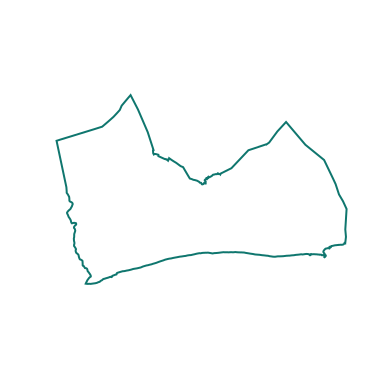 outline of Santa María Tonameca, Oaxaca, Mexico, rotated 336°
{"feature_id": "50627088B31597135225135", "entity_name": "Santa María Tonameca", "entity_type": "district", "adm_level": 2, "iso_a3": "MEX", "parent_name": "Mexico", "parent_adm1": "Oaxaca", "projection": "natural_earth1", "projection_center": [-96.691, 15.782], "detail": "fine", "context": "isolated", "style": "outline", "palette": "teal", "viewbox_px": 384, "rotation_deg": 336, "n_neighbors": 0, "source": "geoboundaries", "source_scale": "gbopen_adm2", "svg_char_len": 5660}
<svg xmlns="http://www.w3.org/2000/svg" viewBox="0 0 384 384"><g transform="rotate(336 192 192)"><path d="M173.9,138.1L175.9,119.3L176.2,94.8L176.2,94.6L175.3,78.5L171.9,80.1L167.8,82.1L162.9,84.5L159.4,87.7L156.3,89.1L150.9,91.4L144.0,93.6L136.5,95.8L135.7,95.7L127.8,94.8L120.3,93.9L108.0,92.4L104.6,92.0L98.2,91.2L89.1,90.1L79.2,136.5L77.8,140.4L77.3,141.5L77.2,141.9L77.6,143.7L77.7,145.3L77.8,146.4L77.4,147.8L76.5,150.0L76.5,150.8L77.7,152.3L78.2,153.1L78.2,154.2L77.9,154.8L77.3,155.3L76.4,156.3L75.4,157.0L74.1,158.0L73.7,158.2L72.2,158.6L70.5,159.3L69.4,160.1L69.2,160.9L69.3,162.1L69.3,162.9L69.2,164.0L69.2,164.7L69.4,165.6L69.7,167.5L69.7,168.6L69.3,170.9L69.6,171.8L70.5,171.9L71.8,172.2L72.4,172.6L73.3,173.3L73.2,174.2L72.8,174.7L71.5,175.0L70.1,175.9L69.6,176.7L69.9,178.1L69.7,179.6L69.3,180.3L67.3,182.5L66.0,185.3L65.2,186.3L64.3,188.7L64.1,190.1L63.5,191.5L62.9,192.1L62.3,193.3L62.6,194.8L62.8,196.3L62.8,197.0L62.5,197.4L62.1,197.7L61.6,199.0L61.5,200.4L62.6,202.7L62.7,203.5L62.4,204.7L62.2,205.9L62.2,206.0L62.1,207.3L62.2,207.9L63.0,208.7L63.5,209.4L63.9,210.2L63.8,210.8L63.0,212.9L62.3,214.5L62.4,215.1L62.9,215.4L63.3,218.0L64.2,218.5L64.6,218.9L64.9,219.7L64.5,222.0L64.9,223.1L65.2,224.7L65.4,225.7L65.5,226.9L65.4,227.5L65.2,228.0L64.9,228.2L64.4,228.2L63.1,228.6L60.6,230.0L57.7,232.4L57.6,232.5L58.4,233.0L58.9,233.3L60.8,234.1L62.3,234.8L64.1,235.3L66.5,236.0L68.1,236.3L70.0,236.3L71.1,236.5L72.2,236.1L72.8,236.0L73.5,236.0L74.2,235.9L74.9,235.6L75.3,235.5L76.2,235.5L76.8,235.7L77.3,235.7L78.0,235.8L78.3,235.8L78.9,235.9L79.6,236.0L80.4,236.1L81.1,236.2L82.2,236.2L82.8,236.3L83.2,236.4L83.4,236.7L83.6,236.9L84.1,237.0L84.6,236.7L84.7,236.4L85.0,236.3L85.4,236.2L86.3,236.3L87.4,236.3L88.6,236.4L89.4,236.6L89.9,236.2L90.1,235.8L90.7,235.5L91.9,235.6L92.8,235.7L94.5,235.9L96.5,236.2L97.8,236.7L99.2,237.0L100.3,237.2L102.2,237.7L105.1,238.2L107.0,238.4L109.3,239.0L110.8,239.4L113.0,239.8L114.5,240.1L116.7,240.1L118.4,240.3L120.6,240.6L122.1,241.0L123.7,241.2L125.6,241.6L127.1,241.7L129.1,242.0L130.8,242.2L133.0,242.3L135.4,242.5L138.0,242.8L140.0,242.9L142.3,243.3L143.9,243.6L145.9,244.2L148.1,244.6L150.2,245.1L151.8,245.5L154.5,246.1L156.4,246.7L158.6,247.3L160.2,247.8L162.0,248.1L163.8,248.6L165.4,249.2L167.1,249.5L169.0,249.9L170.3,250.1L171.8,250.4L173.8,250.9L175.0,251.5L176.5,251.8L178.2,252.4L179.9,253.1L182.1,254.0L184.2,255.4L185.8,256.5L187.5,256.9L189.6,257.7L191.7,258.4L194.1,259.1L196.3,259.8L197.6,260.5L199.1,261.1L200.9,262.0L203.3,262.9L205.0,263.8L207.2,264.5L208.7,265.4L210.7,266.4L212.8,267.4L215.0,268.5L216.5,269.6L218.2,270.7L220.0,271.9L222.4,273.4L224.2,274.7L226.2,275.8L228.1,276.8L230.1,278.1L232.4,279.4L234.4,280.6L235.4,281.1L236.9,282.3L238.1,283.0L239.5,283.9L240.8,284.6L241.8,285.0L244.3,285.7L246.6,286.7L249.1,287.7L252.7,288.8L255.2,289.8L257.5,290.5L259.4,291.2L261.4,291.7L262.8,292.2L264.3,292.7L266.4,293.3L267.5,294.0L269.2,294.5L269.7,294.6L271.5,295.2L272.8,295.9L273.6,296.6L273.8,297.3L274.1,297.8L274.3,297.8L274.3,297.4L274.4,297.0L274.7,297.0L275.6,297.1L276.0,297.6L277.9,298.3L279.6,299.2L280.4,299.6L281.0,299.9L281.7,300.4L282.7,300.8L283.2,301.3L284.2,301.6L284.7,302.0L284.8,302.5L285.3,302.8L285.6,302.8L286.1,302.9L286.4,303.1L286.8,303.8L286.9,304.3L287.0,304.6L287.0,305.0L286.8,305.2L286.5,305.3L286.6,305.5L287.0,305.4L287.3,305.3L287.6,305.1L287.8,305.0L288.1,304.6L288.3,304.6L288.4,304.3L288.3,304.2L288.1,304.0L288.0,303.6L288.0,302.7L288.0,302.0L287.7,301.5L287.7,301.2L287.6,300.6L287.7,300.0L288.3,299.3L288.9,299.0L289.5,298.6L290.0,298.5L290.5,298.2L291.1,298.1L291.3,298.2L292.4,298.4L293.2,298.5L293.7,298.7L294.2,299.2L294.6,299.5L294.8,299.4L294.8,298.8L295.0,298.5L295.6,298.1L295.9,298.2L296.3,298.7L296.5,298.8L296.6,298.7L296.7,298.4L296.5,298.2L297.0,298.2L297.5,298.1L298.1,298.3L299.2,298.5L300.8,298.8L302.3,299.3L303.6,299.7L304.1,299.9L304.3,299.9L305.0,300.2L305.9,300.5L306.5,300.7L306.7,300.8L307.4,301.2L308.0,301.3L309.0,301.5L309.4,301.4L309.7,301.3L310.1,301.1L310.6,300.7L310.8,300.4L311.1,300.4L311.3,300.4L311.4,300.7L314.4,295.6L316.8,288.6L326.3,270.4L326.2,261.9L325.3,254.0L326.4,243.2L326.3,237.3L325.7,216.5L314.8,195.0L306.4,166.3L294.6,171.4L282.6,178.2L279.2,178.9L279.0,178.6L266.3,177.4L260.5,176.8L237.7,186.3L225.9,186.8L225.0,187.5L224.9,187.1L224.6,186.9L224.1,186.6L223.8,186.5L223.8,186.1L223.4,185.6L223.1,185.4L222.9,185.5L222.6,185.7L222.3,185.9L221.8,185.8L221.2,185.4L220.4,185.2L219.9,185.2L219.6,185.1L219.1,185.0L218.4,184.8L218.2,184.9L217.8,184.9L217.4,185.1L216.9,185.3L215.9,185.5L214.7,185.5L214.1,185.7L213.8,185.6L213.6,185.2L213.3,184.9L213.2,184.7L212.7,184.9L212.6,185.0L212.5,185.3L212.5,185.7L212.4,185.8L212.2,185.7L211.7,185.5L211.1,185.1L210.8,185.1L210.7,185.2L210.7,185.7L210.9,186.3L210.7,186.4L210.3,186.1L209.9,185.9L209.1,186.0L208.4,186.4L208.3,186.8L208.5,187.2L208.7,188.1L208.5,188.3L208.4,188.6L208.2,189.2L208.1,189.5L207.9,189.8L207.7,189.7L207.5,188.7L207.3,188.7L206.9,188.6L206.3,189.0L205.7,189.4L205.0,189.3L204.6,189.2L204.4,189.2L204.2,189.0L204.1,188.8L204.1,188.4L204.1,188.0L204.1,187.5L204.0,187.3L203.8,187.1L203.5,187.0L202.9,186.6L202.8,186.2L202.6,185.5L202.1,184.9L201.3,183.8L199.4,182.2L198.2,181.4L197.0,180.1L195.5,178.8L195.1,175.7L194.7,172.2L194.3,168.7L194.0,165.7L192.1,163.7L189.4,158.9L188.0,156.9L186.5,154.6L184.9,151.9L184.7,152.2L184.2,152.4L183.9,152.7L183.6,153.0L183.2,153.5L182.9,153.7L182.7,153.0L182.3,152.0L181.9,152.1L181.0,151.0L180.5,150.8L176.0,145.7L175.9,145.6L176.4,144.3L174.1,142.4L173.2,142.0L172.4,142.2L172.3,140.9L173.2,138.3L173.3,138.1L173.9,138.1Z" fill="none" stroke="#0f766e" stroke-width="2"/></g></svg>